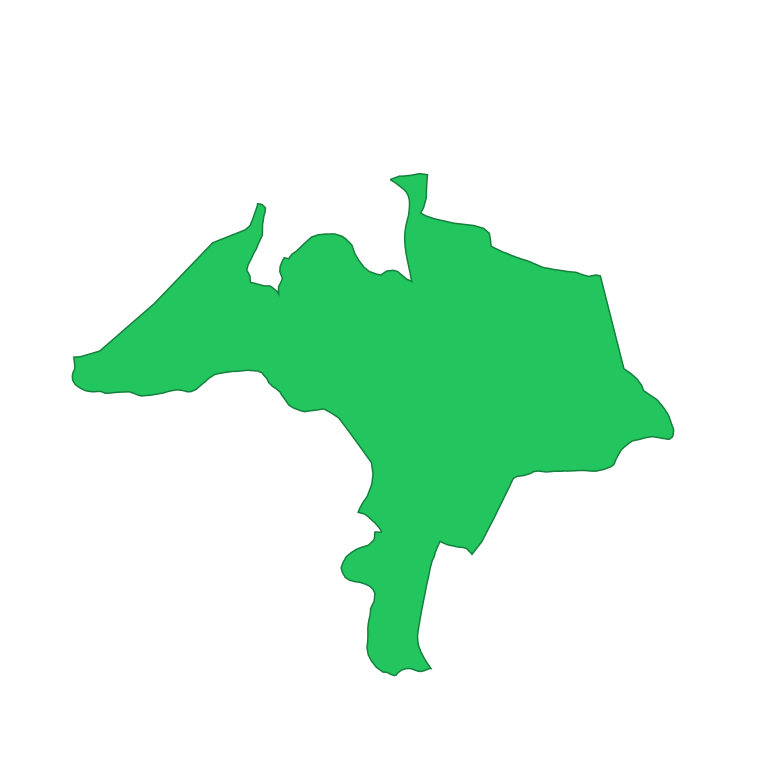 outline of Bois D'Orange, Gros Islet, Saint Lucia, rotated 310°
{"feature_id": "8701671B67132891165103", "entity_name": "Bois D'Orange", "entity_type": "district", "adm_level": 2, "iso_a3": "LCA", "parent_name": "Saint Lucia", "parent_adm1": "Gros Islet", "projection": "natural_earth1", "projection_center": [-60.96, 14.059], "detail": "fine", "context": "isolated", "style": "filled", "palette": "green", "viewbox_px": 768, "rotation_deg": 310, "n_neighbors": 0, "source": "geoboundaries", "source_scale": "gbopen_adm2", "svg_char_len": 6171}
<svg xmlns="http://www.w3.org/2000/svg" viewBox="0 0 768 768"><g transform="rotate(310 384 384)"><path d="M570.1,413.6L569.0,411.1L567.5,407.5L567.1,406.0L566.3,404.4L565.4,401.5L564.6,399.6L563.8,396.6L562.7,393.3L561.7,390.8L560.4,385.8L559.5,382.3L559.0,380.4L558.5,377.3L562.5,373.3L567.2,367.8L567.2,360.1L563.0,350.7L552.1,334.2L542.8,316.1L539.5,307.3L538.6,302.1L544.4,301.0L553.9,296.7L562.5,289.8L570.2,284.2L572.3,282.8L568.1,276.1L561.3,270.6L555.2,264.7L553.3,262.3L549.3,260.0L545.1,257.6L544.6,258.3L545.3,262.3L545.4,263.6L545.6,268.0L545.8,273.5L545.4,277.6L543.8,281.6L541.1,285.3L537.8,288.3L533.5,291.4L529.3,294.2L524.2,296.6L519.4,299.0L514.3,302.1L508.7,306.3L503.7,311.0L498.8,316.3L494.5,321.5L485.7,332.8L480.6,338.9L480.3,339.3L478.9,333.8L478.9,322.1L477.1,318.1L472.4,313.5L465.4,311.5L463.3,307.4L460.7,300.4L460.7,293.3L462.4,285.7L465.0,278.1L469.8,270.0L470.6,261.4L470.2,256.8L467.2,249.7L461.1,242.6L455.9,237.6L449.9,234.0L439.1,232.5L433.9,232.0L429.5,231.5L423.9,230.0L418.7,230.5L416.6,226.4L413.3,226.9L407.3,228.9L403.2,231.9L401.3,235.1L399.8,238.1L397.2,239.2L393.4,240.1L390.8,240.7L388.1,242.8L385.1,245.6L386.2,242.2L386.1,239.4L386.2,236.4L385.7,233.5L384.2,231.7L382.0,228.8L380.1,224.8L378.2,220.5L376.0,216.4L378.2,214.1L380.5,212.0L382.0,208.4L383.1,205.6L388.0,203.3L394.0,202.0L399.5,200.4L405.6,199.3L409.9,197.8L419.9,195.1L428.3,188.3L431.3,186.6L435.0,184.3L439.5,182.2L442.6,180.1L443.1,175.6L442.0,172.9L440.8,171.3L439.5,172.2L436.0,173.6L433.4,174.6L429.8,175.9L425.5,177.6L422.0,178.6L420.2,179.4L419.2,179.6L412.9,178.6L382.1,162.0L297.6,156.3L226.4,145.0L209.5,133.7L205.2,129.1L202.1,132.4L198.6,136.0L196.4,137.5L193.1,138.3L189.9,140.0L186.8,143.0L185.1,147.7L185.3,151.7L185.9,155.5L187.0,159.6L188.8,162.9L190.6,165.5L191.5,166.7L195.0,170.2L196.5,172.4L197.8,176.6L200.3,179.3L206.1,184.9L209.6,188.7L214.3,193.9L215.4,196.8L216.5,199.7L217.7,203.5L219.1,206.1L221.9,208.8L223.5,210.3L224.9,212.0L225.8,212.8L228.5,215.0L234.9,220.5L238.0,222.5L240.3,224.0L242.6,225.9L244.1,227.0L245.1,227.9L247.4,230.4L250.0,234.6L251.5,238.1L252.7,239.6L253.6,240.6L254.3,241.1L255.3,241.7L259.1,243.6L263.4,244.2L268.7,245.1L269.3,245.3L276.4,246.3L278.9,247.2L280.9,247.7L282.1,248.0L285.4,250.4L293.0,256.8L294.7,258.4L291.8,255.9L297.0,260.6L298.8,262.9L307.3,271.1L308.3,272.6L308.6,273.3L310.3,275.3L310.7,276.3L312.2,278.0L312.9,279.1L313.2,280.6L313.9,282.5L314.1,283.6L313.5,286.0L312.9,290.6L311.0,294.9L310.5,300.1L311.1,304.6L311.0,308.8L311.1,309.4L309.7,312.9L308.8,316.9L306.8,324.2L307.0,327.4L307.3,328.9L307.4,329.9L308.3,332.5L310.0,337.4L311.7,340.9L313.4,342.4L315.9,344.6L321.2,349.6L326.1,353.7L327.8,361.3L328.9,371.1L325.2,387.2L318.9,412.5L315.7,424.9L307.8,433.6L299.3,439.1L287.2,443.4L279.3,444.1L273.5,445.3L269.1,446.6L270.1,449.0L270.3,449.4L270.9,450.5L271.8,452.5L272.0,453.2L272.1,455.7L272.2,457.7L271.8,463.4L271.9,465.7L270.9,471.8L270.6,473.2L269.8,476.2L268.6,477.1L267.0,475.1L266.6,474.5L265.3,472.7L264.6,472.2L260.0,475.7L257.6,476.5L250.5,475.7L243.7,471.3L240.0,469.3L233.9,467.3L227.5,466.1L221.0,467.3L215.6,469.3L212.9,473.3L210.9,478.8L211.5,483.6L213.9,488.8L216.6,493.1L218.7,498.3L220.0,503.4L219.7,507.4L217.6,511.8L211.2,516.1L203.4,518.1L198.3,521.7L191.6,525.2L186.8,528.4L180.7,533.6L175.6,537.5L171.2,540.3L166.5,545.9L163.8,552.2L162.1,560.2L162.7,568.5L165.1,571.7L165.8,575.6L167.2,579.2L168.8,580.4L171.5,580.2L176.3,581.4L180.2,584.0L182.3,586.2L183.5,588.3L184.4,590.8L185.0,592.3L185.6,594.0L186.7,596.0L187.5,597.1L189.7,598.7L192.2,600.2L194.8,601.4L196.2,603.0L197.2,599.4L197.5,598.1L199.3,592.2L202.3,584.9L205.8,578.6L209.2,574.7L213.1,571.2L216.5,569.0L226.2,563.3L233.8,558.9L236.2,557.6L245.0,552.7L252.4,548.7L255.8,546.7L260.6,544.2L263.5,542.8L269.5,539.5L273.1,537.5L277.3,535.6L276.1,536.2L278.5,535.0L280.8,534.2L283.6,533.5L285.3,532.8L288.0,531.5L291.6,530.3L295.8,529.1L296.2,529.0L299.4,528.1L300.0,530.3L300.2,531.1L300.9,533.4L301.6,535.7L302.5,537.7L304.4,541.0L305.7,543.8L306.6,545.3L309.4,549.5L310.5,551.5L310.9,553.1L310.9,554.4L310.7,555.6L310.5,557.8L310.5,559.4L310.0,560.9L325.9,560.3L352.3,554.4L385.8,546.1L394.9,543.7L399.0,545.5L401.6,547.9L403.6,549.8L404.4,550.5L404.8,550.6L409.7,553.8L411.4,554.3L412.4,554.7L413.7,555.5L414.6,556.4L415.8,557.4L416.3,557.9L417.9,560.2L418.5,561.1L419.3,562.4L420.2,563.8L420.9,564.9L423.1,567.0L423.7,567.7L424.6,568.6L425.3,569.3L426.7,570.5L428.1,572.3L428.5,572.8L429.0,573.3L429.4,573.9L429.9,574.4L430.5,575.1L431.2,576.0L432.2,577.0L433.5,578.3L433.8,578.7L434.2,579.2L434.9,580.2L435.3,580.6L435.7,581.1L436.5,581.8L436.8,582.0L437.2,582.6L437.6,583.2L438.0,583.6L438.9,584.5L439.6,585.3L440.4,586.2L440.7,586.4L441.0,586.7L441.8,587.6L442.9,588.8L443.7,589.8L444.3,590.4L445.8,592.1L446.2,592.7L446.7,593.3L447.9,595.0L448.9,596.3L449.4,597.3L450.2,598.3L450.8,599.0L451.0,599.3L453.3,602.2L459.7,607.2L465.5,610.5L467.5,611.3L469.4,611.7L470.3,611.8L471.7,611.5L472.5,611.1L474.0,610.5L476.0,610.0L482.0,608.7L485.6,608.2L487.4,608.2L491.0,608.7L491.7,608.9L492.4,609.0L493.4,609.2L495.0,609.5L495.9,609.6L496.2,609.7L496.7,609.8L500.5,611.1L501.0,611.5L504.8,614.6L509.6,618.0L511.1,619.0L511.8,619.5L515.8,623.1L514.1,621.4L516.3,623.6L517.1,624.9L520.8,631.2L521.4,632.4L522.1,633.5L522.4,633.8L523.6,636.1L524.9,638.0L526.4,638.4L528.7,638.9L529.7,638.8L534.3,636.0L535.8,634.4L536.7,632.7L538.2,630.1L538.8,628.8L540.1,627.0L541.0,625.3L542.3,623.3L543.5,620.3L544.7,616.4L545.4,614.1L546.2,610.5L546.7,607.3L547.2,604.9L547.4,602.3L547.1,599.5L546.8,597.4L546.4,593.7L546.2,590.7L545.9,588.1L545.7,587.2L548.0,583.3L548.9,581.2L550.1,575.9L550.5,574.5L550.5,572.6L550.6,569.8L550.7,567.2L550.6,564.8L550.3,562.2L549.9,558.0L605.9,480.2L603.6,476.1L597.8,471.5L597.3,470.2L596.6,468.8L596.2,467.8L595.1,465.3L594.4,463.3L593.7,461.2L593.2,459.9L592.4,458.4L591.5,457.2L590.6,455.9L589.9,454.9L589.3,453.8L587.8,451.8L586.9,450.1L585.9,448.5L584.3,446.0L582.8,443.5L580.9,440.6L578.0,435.1L575.9,431.7L575.1,429.8L574.6,427.9L574.0,426.2L573.6,424.3L572.7,421.8L571.6,417.7L570.9,415.8L570.1,413.6Z" fill="#22c55e" stroke="#15803d" stroke-width="1.5"/></g></svg>